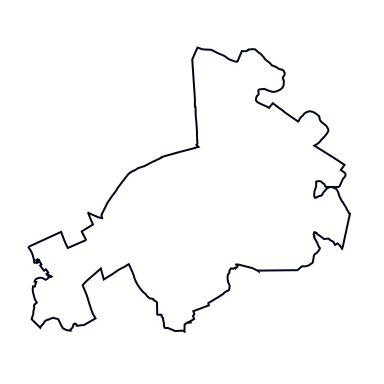 the district of Ipotesti, Suceava, Romania, rotated 4°
{"feature_id": "2599482B72683060143677", "entity_name": "Ipotesti", "entity_type": "district", "adm_level": 2, "iso_a3": "ROU", "parent_name": "Romania", "parent_adm1": "Suceava", "projection": "albers", "projection_center": [26.291, 47.622], "detail": "fine", "context": "isolated", "style": "outline", "palette": "ink", "viewbox_px": 384, "rotation_deg": 4, "n_neighbors": 0, "source": "geoboundaries", "source_scale": "gbopen_adm2", "svg_char_len": 5944}
<svg xmlns="http://www.w3.org/2000/svg" viewBox="0 0 384 384"><g transform="rotate(4 192 192)"><path d="M346.3,235.6L351.1,202.6L350.4,202.5L350.0,202.2L349.8,201.6L349.4,200.9L348.8,199.9L348.3,199.4L347.9,198.9L346.5,196.3L345.6,195.2L343.1,191.6L342.7,191.4L342.1,190.6L339.6,186.5L337.4,181.1L336.3,179.7L335.2,178.7L332.4,177.6L330.8,177.3L328.9,177.6L327.3,178.4L326.4,179.1L325.3,180.4L324.8,181.1L324.6,181.5L323.1,183.3L322.7,184.1L322.0,185.8L321.6,186.2L321.1,186.4L320.9,186.8L320.0,187.0L318.2,187.6L316.5,188.8L315.7,188.7L315.5,188.9L315.4,189.2L315.1,189.2L314.3,187.8L314.1,186.9L314.1,183.1L314.2,182.5L314.5,181.7L314.8,180.2L315.2,178.6L315.4,176.8L315.2,173.7L315.1,173.0L316.2,172.6L317.4,172.3L319.8,172.4L320.5,172.9L321.5,173.8L323.6,175.0L324.6,177.3L325.0,177.5L336.4,177.0L337.6,176.8L338.6,176.1L339.1,175.4L341.4,168.9L341.8,168.2L343.5,166.0L343.8,165.4L343.9,164.5L343.9,163.6L343.7,163.0L342.8,162.0L338.9,159.7L342.3,154.3L330.5,147.7L310.8,137.2L312.9,135.9L315.3,133.8L317.5,130.8L320.2,127.6L321.6,125.7L322.7,124.0L323.5,122.3L323.8,121.3L323.7,120.3L322.1,117.7L321.0,116.4L317.8,114.1L316.6,113.5L315.5,112.5L314.5,110.9L314.1,109.9L313.9,109.3L314.0,108.5L313.8,108.0L313.3,107.4L312.8,106.9L310.0,105.1L307.2,103.7L304.0,103.2L301.9,103.8L300.0,104.8L298.7,105.8L296.9,108.4L295.8,109.4L295.1,110.2L294.0,112.3L293.2,114.2L292.6,114.1L283.1,108.5L279.1,106.1L276.7,104.3L273.1,102.2L266.5,97.8L263.5,101.8L263.1,102.7L262.2,102.4L260.6,101.5L255.1,99.6L251.1,97.9L249.6,96.5L249.3,95.0L249.8,92.2L250.1,91.6L251.1,90.8L251.6,89.8L251.6,88.9L251.1,86.4L251.2,85.7L251.4,85.4L252.1,85.0L252.8,84.8L257.3,84.1L258.0,84.5L261.4,85.6L265.2,86.5L266.8,86.4L268.7,85.9L270.8,84.9L272.3,84.1L273.5,83.1L274.7,82.0L275.3,81.0L275.7,80.1L275.9,78.7L276.0,75.8L275.8,74.5L274.6,71.9L274.6,71.5L275.1,70.5L275.8,69.6L276.1,68.8L276.3,67.7L276.0,66.5L274.8,64.5L273.3,63.7L270.7,63.3L269.8,63.0L267.8,61.7L262.6,59.9L260.6,57.8L257.3,55.7L255.0,53.9L254.7,53.1L252.6,51.1L250.8,49.3L248.8,48.3L245.2,45.4L242.7,45.2L239.7,45.8L238.7,45.8L237.7,46.6L237.9,46.8L237.7,47.0L235.6,47.9L231.9,47.9L228.4,58.4L227.6,59.0L225.2,58.6L221.8,57.7L219.3,56.8L214.6,53.9L207.6,51.5L201.3,48.8L192.8,49.0L187.4,47.5L183.0,59.8L188.5,99.7L188.9,106.8L189.6,107.0L190.5,116.6L191.4,121.4L192.8,131.7L192.9,133.3L193.0,135.4L193.9,142.2L194.0,143.3L193.9,143.7L193.1,144.6L195.3,146.5L189.8,148.6L177.2,152.8L159.5,159.1L159.7,159.5L148.3,166.0L142.9,169.4L136.3,172.1L133.0,174.7L131.9,174.7L130.2,176.2L128.6,177.2L127.1,178.9L125.3,181.4L117.1,193.9L116.9,194.7L114.9,198.1L113.1,200.7L108.5,208.5L103.3,221.1L104.1,224.3L100.6,223.8L92.7,221.1L90.1,220.0L90.0,220.3L90.8,222.1L93.9,228.4L95.5,231.3L84.8,239.0L85.7,240.8L89.4,246.6L89.4,247.2L89.0,247.7L72.0,256.5L69.3,251.8L67.8,248.8L64.2,240.9L36.2,256.2L33.6,257.6L33.0,258.3L32.9,258.8L35.0,261.5L36.5,263.8L37.3,265.6L38.6,269.3L39.2,270.7L39.2,272.2L39.4,273.0L39.8,273.6L40.5,273.3L41.3,273.3L42.2,273.6L43.2,273.1L41.4,270.9L42.7,269.9L43.5,270.8L44.1,270.5L44.9,272.0L46.9,274.8L45.7,275.9L46.3,276.8L49.9,280.8L51.6,279.4L54.2,282.3L52.6,283.9L53.5,285.1L54.0,285.6L54.5,285.6L54.9,285.4L55.0,284.8L57.9,286.1L57.5,286.5L56.9,286.7L56.1,286.7L55.4,287.1L54.1,288.2L53.5,289.0L52.2,289.7L51.8,289.7L49.5,288.5L48.3,288.2L47.1,288.1L45.9,288.2L43.9,288.9L42.6,289.6L41.8,290.6L41.5,291.9L41.3,292.5L42.9,292.7L42.2,295.4L41.8,297.3L40.0,297.2L39.9,300.2L40.2,302.5L42.4,309.2L44.4,312.6L44.9,313.2L42.6,315.4L42.4,316.0L42.7,319.0L42.1,321.9L42.2,324.4L40.9,330.1L50.1,338.0L50.5,336.7L51.6,335.3L52.7,334.1L53.7,332.2L54.5,331.0L55.5,330.2L56.6,329.6L57.9,329.3L59.7,328.2L61.8,327.4L62.7,327.1L64.0,327.6L66.9,328.0L67.6,328.6L68.7,330.2L70.2,333.1L71.8,335.7L72.8,336.9L74.2,337.6L76.1,338.3L78.7,338.8L80.4,338.7L80.2,338.5L80.2,338.0L80.6,337.4L81.7,336.3L82.4,335.2L82.7,334.5L82.9,332.7L83.1,332.3L83.6,331.8L84.5,331.5L84.8,331.9L85.3,331.6L86.8,333.6L87.2,333.3L93.6,332.2L104.6,324.8L102.0,321.1L100.4,317.9L97.1,309.9L94.5,303.0L93.2,300.1L89.4,292.7L91.9,289.4L94.0,287.1L101.5,279.7L106.4,274.7L110.1,285.4L118.8,279.1L124.2,274.8L127.9,272.5L129.7,271.5L132.9,269.1L134.0,268.4L138.3,276.3L139.7,279.3L140.3,281.2L141.5,283.8L142.8,286.2L144.6,288.9L146.8,291.6L149.1,294.1L150.3,295.3L152.6,296.8L154.1,298.7L156.4,300.5L157.4,301.0L159.9,301.3L161.0,301.6L161.1,302.4L163.1,303.3L164.3,304.0L164.8,304.7L165.4,311.8L165.6,313.7L165.8,316.4L166.0,316.7L166.3,316.9L169.9,316.5L170.2,316.6L170.3,316.9L170.3,318.0L170.7,318.6L171.7,319.4L172.2,321.8L173.1,324.6L173.2,326.4L173.5,327.4L173.8,328.5L174.3,329.3L174.8,329.5L177.5,329.4L178.4,329.6L184.3,331.7L185.3,331.9L191.8,331.0L192.7,331.0L194.2,331.8L193.9,324.6L197.4,322.0L197.9,322.7L199.8,322.2L199.3,321.0L203.0,318.6L201.6,315.5L202.3,314.8L202.9,313.9L201.6,310.8L216.7,303.9L216.3,303.0L216.0,301.7L227.0,294.0L230.5,291.3L230.9,290.5L233.1,288.8L235.4,287.6L235.8,287.1L236.1,284.8L236.1,283.3L236.0,282.5L235.5,281.5L234.5,279.8L233.9,277.7L233.5,276.2L233.5,272.8L233.7,271.7L234.8,270.2L234.9,269.8L234.8,268.5L234.9,267.7L236.2,265.5L238.3,265.7L240.5,264.5L240.8,265.2L242.6,263.4L242.7,262.8L242.2,262.1L241.6,261.6L241.2,261.6L241.1,261.3L243.2,261.1L257.6,263.7L262.7,265.8L263.7,266.4L263.4,265.7L266.0,265.6L299.0,262.9L301.7,262.8L302.6,262.6L304.7,260.6L306.2,258.9L306.9,258.5L309.7,258.3L311.7,257.9L313.5,257.1L316.7,254.6L317.4,253.8L317.5,253.1L317.5,251.6L317.7,251.0L317.9,249.7L317.9,247.9L318.1,246.9L318.5,246.0L319.0,245.2L320.5,244.3L321.7,242.8L322.6,241.4L323.4,239.7L323.5,239.1L322.3,237.7L320.3,233.8L316.8,228.2L317.2,227.3L316.3,225.9L316.3,225.0L316.9,223.5L317.9,223.7L318.9,224.1L318.7,224.5L324.9,228.2L326.6,229.5L327.8,229.6L330.8,229.0L331.7,229.1L333.3,230.4L335.5,231.3L336.9,232.3L338.3,234.8L340.7,233.1L340.9,233.2L341.7,233.8L343.2,235.0L344.4,236.4L345.4,238.0L345.7,238.2L346.3,235.6Z" fill="none" stroke="#020617" stroke-width="2"/></g></svg>